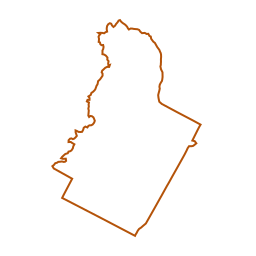 Deodápolis, Mato Grosso do Sul, Brazil, rotated 5°
{"feature_id": "56859067B9873916097455", "entity_name": "Deodápolis", "entity_type": "district", "adm_level": 2, "iso_a3": "BRA", "parent_name": "Brazil", "parent_adm1": "Mato Grosso do Sul", "projection": "orthographic", "projection_center": [-54.181, -22.14], "detail": "fine", "context": "isolated", "style": "outline", "palette": "amber", "viewbox_px": 256, "rotation_deg": 5, "n_neighbors": 0, "source": "geoboundaries", "source_scale": "gbopen_adm2", "svg_char_len": 2631}
<svg xmlns="http://www.w3.org/2000/svg" viewBox="0 0 256 256"><g transform="rotate(5 128 128)"><path d="M140.0,32.4L138.4,32.7L136.4,31.8L133.7,32.3L131.9,31.0L130.5,29.3L128.8,28.8L127.3,28.8L125.2,28.8L123.5,28.6L121.9,28.7L120.3,29.8L119.3,28.8L118.3,27.2L116.8,25.8L115.5,24.9L114.1,24.2L112.7,23.3L111.6,22.4L110.6,21.2L109.3,21.8L108.4,23.6L107.0,25.5L106.2,27.2L104.7,28.6L103.1,27.2L102.2,25.6L100.8,25.2L99.3,26.3L98.3,28.2L98.1,30.4L98.3,32.0L98.8,33.8L97.3,34.5L96.0,35.7L94.0,35.5L92.0,35.6L90.3,35.9L92.1,37.1L91.2,38.3L90.7,39.7L91.3,41.5L91.4,43.1L91.3,44.8L92.6,45.2L93.2,47.0L94.4,47.8L96.0,47.5L96.6,49.4L96.4,51.5L95.8,53.0L96.0,55.0L96.1,56.7L97.8,56.9L99.6,57.8L101.4,59.6L101.4,61.7L102.8,63.1L102.6,65.4L103.1,67.4L104.4,66.8L103.9,68.8L101.9,68.9L100.1,70.0L98.7,71.6L97.3,73.1L96.9,74.8L97.9,76.0L98.1,78.1L97.3,79.6L95.9,82.0L94.1,84.0L94.0,85.7L93.8,87.2L93.0,88.6L92.5,90.6L92.0,92.4L91.2,93.6L89.9,95.1L88.5,96.2L88.0,98.3L85.8,100.0L87.1,101.5L87.2,103.3L85.2,103.5L84.7,105.1L86.9,106.0L86.7,108.1L87.1,109.9L86.8,112.2L87.4,114.0L87.4,115.5L87.4,117.4L87.4,119.1L88.3,120.4L89.4,119.3L91.0,119.4L92.6,120.4L93.5,122.0L94.3,123.7L93.8,125.6L92.5,127.6L91.1,128.5L89.5,128.7L88.4,129.3L87.5,131.0L85.4,130.3L83.9,131.6L83.5,133.7L82.6,135.8L81.2,136.1L79.1,136.2L77.3,135.4L76.0,135.0L76.2,136.9L77.0,138.7L77.7,140.3L76.6,141.9L75.3,143.3L74.0,143.9L72.5,143.3L71.2,143.7L69.9,145.4L70.0,147.2L72.2,146.9L73.7,147.8L76.0,148.9L75.1,151.0L74.8,153.1L73.6,155.3L72.2,156.3L70.8,156.7L70.2,158.4L67.9,159.3L66.6,160.6L64.9,162.5L64.0,164.0L65.9,164.4L68.7,164.0L69.2,166.1L68.2,167.1L66.9,167.4L65.1,167.1L63.0,167.6L61.5,167.8L60.3,168.8L58.6,169.4L57.4,171.3L56.0,172.6L57.6,174.8L76.8,183.4L69.7,200.3L68.5,203.4L94.8,214.2L110.1,220.5L144.4,234.8L144.9,233.3L145.6,232.1L146.7,229.4L147.9,227.5L149.7,226.1L151.4,224.3L152.7,223.0L154.1,221.6L158.4,212.2L162.8,202.5L166.4,194.5L167.1,193.0L171.8,182.4L172.9,180.1L174.0,177.7L176.3,172.5L180.7,162.8L185.1,153.0L186.7,149.4L188.4,145.2L189.2,142.9L190.4,140.8L193.0,140.6L194.5,140.1L195.9,138.8L197.4,137.3L195.6,135.3L193.2,134.9L197.3,124.5L198.9,120.6L200.0,118.3L191.5,114.6L175.7,108.0L159.6,101.1L156.9,99.1L156.2,96.9L155.7,95.1L155.2,92.6L155.5,90.5L155.9,88.4L156.2,86.0L155.7,84.2L155.9,82.0L156.8,79.9L157.7,78.2L157.9,76.7L158.0,74.2L157.5,69.5L155.8,66.7L155.4,65.4L154.9,63.8L155.2,62.3L155.1,60.8L155.1,59.4L154.8,56.5L154.8,54.3L154.5,51.9L154.0,50.4L153.2,49.1L152.5,47.6L151.4,46.3L150.2,45.0L148.4,42.4L147.4,40.9L145.7,39.8L143.3,37.1L142.7,34.9L141.4,34.5L140.0,32.4Z" fill="none" stroke="#b45309" stroke-width="2"/></g></svg>